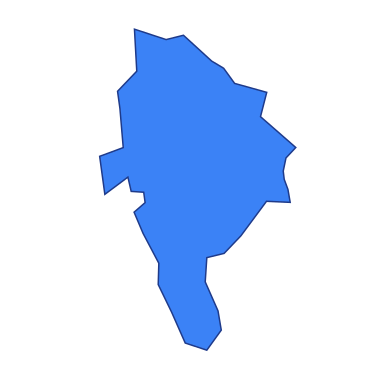 Izboskan, Andijon, Uzbekistan (Natural Earth projection), rotated 103°
{"feature_id": "79887680B50454088446008", "entity_name": "Izboskan", "entity_type": "district", "adm_level": 2, "iso_a3": "UZB", "parent_name": "Uzbekistan", "parent_adm1": "Andijon", "projection": "natural_earth1", "projection_center": [72.251, 40.931], "detail": "fine", "context": "isolated", "style": "filled", "palette": "blue", "viewbox_px": 384, "rotation_deg": 103, "n_neighbors": 0, "source": "geoboundaries", "source_scale": "gbopen_adm2", "svg_char_len": 629}
<svg xmlns="http://www.w3.org/2000/svg" viewBox="0 0 384 384"><g transform="rotate(103 192 192)"><path d="M243.3,230.4L268.9,208.3L289.8,204.1L313.6,184.9L340.7,164.6L342.8,142.0L320.0,132.4L302.0,139.9L276.6,158.9L252.6,162.8L244.6,146.9L223.7,134.5L184.3,117.3L180.0,94.0L167.9,99.1L158.9,105.0L151.1,107.8L137.7,108.1L125.3,100.9L103.2,142.2L78.1,141.6L76.6,174.9L64.3,189.0L60.0,202.3L41.2,235.6L49.3,251.5L46.3,284.7L86.7,273.0L110.6,287.2L126.9,281.0L164.2,269.0L178.0,290.0L213.9,276.4L191.9,257.8L205.1,251.4L203.1,239.0L212.9,235.3L224.7,243.9L243.3,230.4Z" fill="#3b82f6" stroke="#1e3a8a" stroke-width="1.5"/></g></svg>